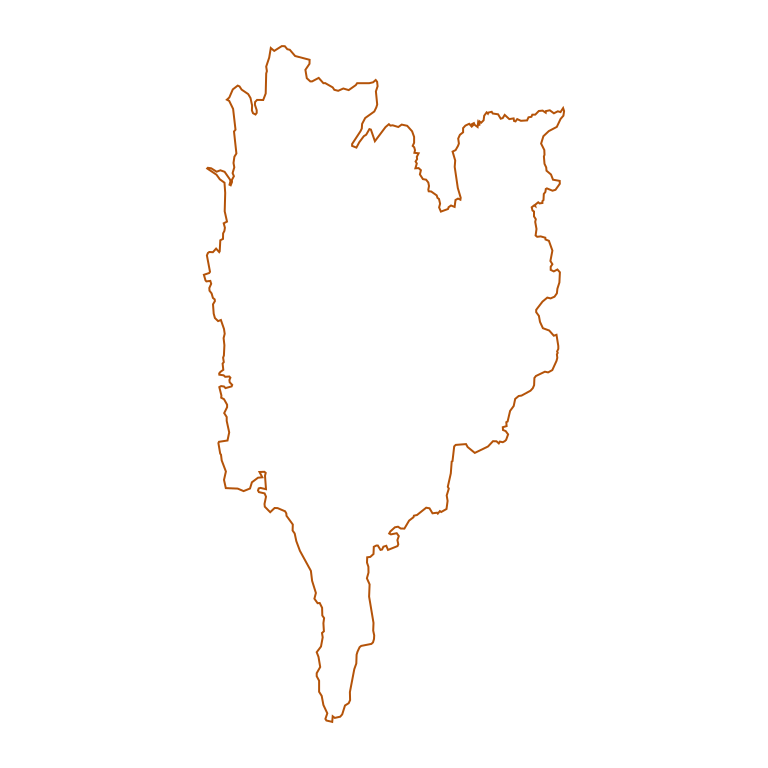 Kale, Sagaing, Myanmar
{"feature_id": "60261553B8221618130624", "entity_name": "Kale", "entity_type": "district", "adm_level": 2, "iso_a3": "MMR", "parent_name": "Myanmar", "parent_adm1": "Sagaing", "projection": "equal_earth", "projection_center": [94.431, 22.954], "detail": "fine", "context": "isolated", "style": "outline", "palette": "amber", "viewbox_px": 768, "rotation_deg": 0, "n_neighbors": 0, "source": "geoboundaries", "source_scale": "gbopen_adm2", "svg_char_len": 6084}
<svg xmlns="http://www.w3.org/2000/svg" viewBox="0 0 768 768"><path d="M220.2,453.6L221.0,454.7L221.7,460.4L225.9,471.5L224.0,479.9L225.8,488.1L237.7,488.6L243.6,491.1L250.0,488.5L251.9,482.3L258.0,477.7L262.3,477.3L259.5,472.0L264.4,471.8L265.7,472.9L265.0,475.8L266.0,489.2L260.5,487.9L258.7,488.4L258.0,490.5L258.9,492.1L264.6,493.4L266.0,496.7L264.5,504.0L264.8,506.7L270.2,512.2L274.6,508.0L277.6,508.1L285.1,511.3L286.3,513.4L286.5,515.8L292.8,524.5L292.6,530.5L294.7,533.5L296.3,541.1L299.9,550.8L310.9,570.9L312.1,580.8L315.9,593.0L314.4,598.7L317.6,603.2L319.7,603.0L322.1,607.8L322.3,615.5L324.1,618.1L323.4,623.2L323.9,631.3L322.0,633.0L322.7,637.3L321.0,646.5L316.7,652.2L318.5,656.9L320.2,667.0L316.7,673.2L316.7,676.2L319.1,680.7L319.1,691.8L321.7,695.9L323.4,705.0L327.3,713.3L325.4,718.9L326.4,720.5L332.2,721.9L332.7,716.3L334.8,717.9L340.2,716.7L342.2,714.4L345.0,705.5L348.7,703.2L350.1,700.1L349.9,692.1L354.3,669.1L356.3,663.5L356.6,654.7L357.5,651.7L359.6,647.2L361.2,645.9L371.4,643.9L373.0,642.4L374.0,639.0L374.2,635.4L373.2,630.6L373.5,622.9L369.1,596.6L369.6,584.4L366.9,578.3L368.5,572.6L368.4,566.8L367.0,562.6L367.2,557.3L370.3,556.9L373.5,554.0L373.8,546.8L376.4,545.5L377.8,545.5L380.5,549.9L382.1,549.5L383.4,546.7L386.3,545.8L388.0,549.9L397.5,546.1L398.3,544.3L397.4,540.1L398.8,536.1L396.7,533.2L390.9,534.4L389.2,533.5L390.3,531.5L394.9,527.3L398.0,526.7L400.7,528.5L404.4,528.6L409.1,520.6L413.5,517.2L413.9,515.7L417.0,515.0L426.2,507.7L429.5,508.3L432.5,513.3L437.0,512.7L437.8,513.6L439.9,511.1L441.2,512.0L446.5,509.0L447.6,500.9L446.7,495.5L448.8,488.6L447.8,486.8L450.8,473.4L451.7,461.6L452.5,461.1L454.2,446.4L455.7,444.9L466.0,444.1L467.7,447.1L474.8,452.9L488.0,446.5L493.0,441.2L496.5,441.3L498.8,443.4L499.9,441.6L502.8,442.2L504.7,441.2L506.1,439.9L508.1,434.4L505.7,431.1L503.0,430.0L502.8,427.2L506.6,426.1L506.3,422.2L507.6,421.5L510.1,410.9L513.7,406.0L515.2,398.9L518.7,396.0L521.5,395.6L530.5,390.7L532.8,388.2L534.1,385.2L534.4,378.0L535.9,376.0L544.9,371.7L548.1,372.4L552.3,370.1L556.5,360.9L557.3,357.8L556.9,354.3L557.7,352.9L557.1,351.5L558.3,348.9L558.3,346.0L556.5,334.8L553.8,335.7L549.2,330.5L542.9,328.2L540.0,321.9L538.9,315.9L536.2,312.2L536.2,309.8L542.5,301.6L547.3,297.6L550.6,298.4L554.5,296.7L556.9,293.3L557.4,288.7L559.4,282.5L559.9,272.3L557.4,269.5L553.8,271.4L550.7,269.9L550.7,266.7L552.4,264.2L550.4,261.0L552.4,250.6L548.9,240.8L545.5,239.5L545.3,237.7L540.7,236.4L537.2,236.8L535.6,235.5L536.5,229.0L535.2,221.9L535.8,219.2L534.0,216.4L534.0,211.5L532.5,210.5L531.7,207.3L534.1,205.4L535.3,206.2L535.0,204.9L538.2,202.3L539.5,203.4L542.4,203.0L542.4,201.2L543.5,200.0L543.8,194.0L545.4,191.9L545.8,189.0L546.9,188.4L552.5,190.7L555.5,189.8L559.8,183.8L559.7,180.9L553.0,179.7L551.0,174.5L546.5,170.7L546.2,167.4L544.5,163.8L543.9,156.5L544.5,154.8L544.3,150.0L541.1,143.6L543.4,136.2L548.8,131.1L556.8,126.9L560.6,118.9L563.4,115.7L564.1,111.1L563.1,108.1L560.5,112.1L557.8,111.3L553.9,113.3L549.8,110.3L545.9,111.1L545.7,112.7L542.6,110.6L538.8,111.0L535.3,114.6L532.3,114.7L531.4,116.8L528.5,117.3L527.1,120.4L520.9,120.8L517.2,119.1L515.5,121.4L514.1,121.0L513.6,118.4L509.3,119.1L504.7,114.9L502.7,118.1L500.7,118.7L498.1,114.3L492.7,113.5L491.7,111.8L488.3,112.6L487.9,113.7L486.6,112.4L484.2,115.7L483.6,120.3L481.2,122.7L479.5,121.4L479.4,125.6L478.1,122.7L477.6,127.0L474.6,124.8L473.9,123.1L472.0,124.1L473.4,124.9L471.7,126.6L469.2,123.8L465.4,125.6L463.1,128.1L463.1,132.3L459.9,134.8L458.2,138.6L458.9,143.5L458.0,145.9L455.6,150.1L452.6,151.6L455.2,160.5L454.7,166.9L457.8,188.0L460.7,197.8L460.4,199.7L458.0,198.6L455.5,200.0L454.6,206.9L451.0,205.5L448.6,207.2L448.0,209.0L440.9,211.6L439.1,207.4L440.1,203.7L439.0,199.0L437.5,197.9L436.7,195.4L431.2,191.5L428.7,191.3L428.3,189.7L429.0,186.0L428.3,182.5L426.1,179.7L422.9,179.1L419.9,174.4L420.9,170.2L418.6,168.1L415.4,168.3L416.8,163.5L415.6,161.5L417.1,159.1L416.8,156.9L418.6,153.3L414.4,152.8L415.0,150.2L414.2,147.3L412.7,145.9L414.1,142.8L414.1,136.9L412.1,131.3L407.2,125.8L401.7,124.6L398.3,127.0L392.7,125.3L390.4,125.6L388.9,124.2L385.5,127.1L374.9,141.2L370.9,129.6L369.4,129.1L366.2,134.7L363.8,136.2L359.3,142.2L356.4,147.6L352.1,145.9L352.1,144.0L360.5,131.2L361.8,128.5L362.1,123.9L365.2,118.0L374.3,111.5L376.3,107.4L377.2,104.5L375.9,91.4L377.6,86.2L377.1,81.8L375.7,80.0L373.1,82.3L369.2,83.2L357.1,83.2L355.8,85.1L348.7,90.1L343.3,88.5L338.2,90.8L334.3,89.8L332.7,87.4L325.2,83.1L323.4,83.2L318.7,77.9L312.1,81.4L310.3,81.4L306.8,78.2L305.4,69.8L309.5,63.8L309.6,59.8L295.1,56.0L289.8,49.8L287.3,49.2L284.8,46.2L281.8,46.1L274.2,50.9L270.8,48.0L269.2,57.6L266.2,66.6L266.9,71.1L266.2,73.5L265.7,93.5L263.2,100.0L257.1,99.9L255.1,102.0L254.9,104.7L256.7,110.2L256.7,112.9L255.5,114.5L253.0,113.2L251.9,110.4L252.1,105.5L250.5,98.0L248.2,94.1L241.6,89.6L239.5,86.4L237.7,85.6L232.8,89.4L229.3,97.5L226.9,99.7L229.2,100.9L233.1,108.9L235.5,129.7L234.0,131.5L236.4,153.5L234.4,156.7L233.5,163.0L234.3,167.3L232.6,173.1L233.9,176.2L231.9,179.9L232.0,182.0L230.7,185.3L229.5,184.7L230.4,181.5L230.1,179.7L224.6,171.8L220.4,170.3L216.6,171.7L211.2,168.3L207.8,167.8L207.2,168.5L216.5,174.7L219.8,179.3L224.5,182.7L225.2,192.9L224.7,211.3L227.0,221.6L223.7,223.3L224.9,227.7L224.4,230.9L223.1,233.4L223.0,238.9L220.3,240.3L219.7,251.3L219.2,252.1L216.1,248.6L212.9,252.2L209.3,252.0L207.9,253.0L206.9,255.4L210.0,271.8L209.2,273.0L203.9,274.8L205.5,280.4L206.4,281.4L210.3,280.9L211.2,283.8L209.3,288.0L209.5,290.7L211.6,293.4L212.9,297.9L214.7,299.4L214.9,301.1L213.0,304.3L213.7,313.7L214.9,318.0L218.1,321.1L220.9,320.0L224.0,329.0L224.7,333.8L223.6,338.1L224.4,345.2L223.9,355.5L223.1,357.7L223.8,362.1L222.6,363.6L223.3,369.8L220.4,371.9L219.2,373.4L219.3,374.7L223.6,375.3L225.2,376.8L229.3,376.5L230.4,377.7L229.4,380.0L229.7,382.3L232.2,384.9L231.6,386.4L225.5,388.1L224.0,386.5L221.1,386.1L219.3,387.1L221.4,395.5L221.2,397.7L224.0,399.2L227.1,404.7L227.1,407.2L224.2,413.1L226.7,417.0L226.7,420.9L229.2,432.4L227.5,440.5L219.0,441.8L218.4,443.1L220.2,453.6Z" fill="none" stroke="#b45309" stroke-width="2"/></svg>